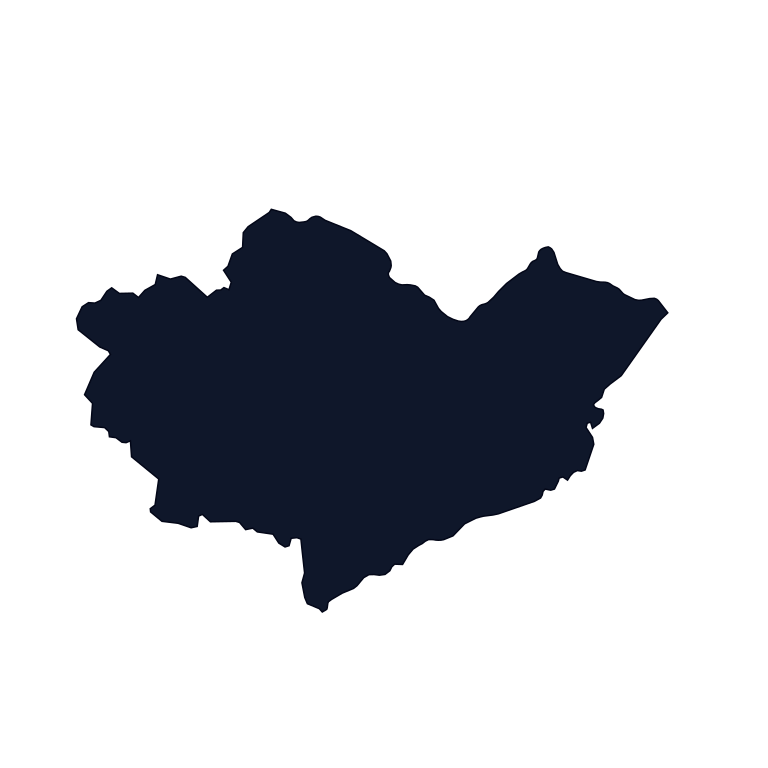 SVG path tracing the border of Northumberland, rotated 73°
{"feature_id": "GBR-2034", "entity_name": "Northumberland", "entity_type": "Unitary Single-Tier County", "adm_level": 1, "iso_a3": "GBR", "parent_name": "United Kingdom", "parent_adm1": "", "projection": "albers", "projection_center": [-2.071, 55.292], "detail": "fine", "context": "isolated", "style": "filled", "palette": "ink", "viewbox_px": 768, "rotation_deg": 73, "n_neighbors": 0, "source": "natural_earth", "source_scale": "10m", "svg_char_len": 3167}
<svg xmlns="http://www.w3.org/2000/svg" viewBox="0 0 768 768"><g transform="rotate(73 384 384)"><path d="M184.0,440.7L191.8,428.4L197.5,424.2L201.6,422.4L203.5,420.3L204.7,417.9L205.6,413.2L205.8,411.2L205.7,409.8L205.2,408.4L204.3,406.6L203.5,404.2L203.6,400.1L204.5,397.9L205.8,396.1L210.2,392.5L227.8,370.8L256.7,344.8L260.3,343.1L268.4,341.6L272.9,342.5L274.7,343.4L277.7,345.8L278.9,347.3L280.9,347.9L283.7,347.7L290.2,343.7L292.8,340.8L294.5,337.8L295.8,332.7L297.0,329.7L299.3,325.4L301.3,323.5L310.9,319.2L314.2,315.3L318.5,311.7L327.6,309.8L331.4,308.1L338.1,303.6L342.3,299.1L345.5,294.6L346.8,291.8L347.4,289.2L347.4,287.0L346.9,285.1L346.1,283.4L344.9,282.0L337.8,271.2L337.1,269.4L336.8,267.7L336.8,265.9L336.9,265.2L336.9,264.2L336.8,262.4L336.4,260.6L333.1,253.8L329.0,247.4L323.7,237.4L318.3,222.8L317.4,218.9L317.1,216.8L316.7,214.9L315.8,213.2L312.0,209.1L310.9,207.6L310.2,205.8L310.0,203.6L309.5,201.6L308.2,200.4L303.0,197.4L301.9,196.0L301.1,194.3L300.7,192.1L300.6,189.7L300.9,186.8L302.2,185.4L303.8,184.2L307.8,183.0L320.4,182.9L325.1,181.8L328.3,180.3L330.6,177.5L348.1,150.9L349.8,147.3L351.3,142.8L352.5,140.5L354.0,138.8L357.0,136.5L360.4,132.8L362.1,131.4L367.3,129.0L368.8,127.9L376.7,119.3L378.3,116.3L379.1,113.5L380.0,104.9L381.1,100.4L382.6,98.5L384.4,97.3L398.9,91.8L403.1,100.1L445.4,154.7L450.2,167.9L453.4,174.9L460.4,179.8L462.1,183.8L463.6,187.9L465.2,189.9L468.2,188.9L470.3,186.3L471.7,183.4L472.9,182.1L476.5,182.6L480.6,184.7L484.5,189.4L487.4,197.6L480.9,197.6L480.9,201.1L484.7,203.5L496.0,200.2L503.0,201.0L525.0,216.8L525.1,220.7L523.3,224.4L523.9,228.6L526.2,232.7L529.6,236.6L525.2,240.1L525.2,244.0L528.0,245.8L534.3,251.7L534.3,255.6L531.6,260.6L533.2,263.3L536.5,265.2L538.8,267.6L540.2,274.4L541.6,312.5L541.1,318.1L539.5,327.4L539.3,330.5L539.2,335.4L541.3,347.8L549.4,362.4L550.3,372.4L550.0,375.1L549.3,377.7L548.4,380.1L547.2,382.5L545.8,386.8L546.4,390.5L547.8,394.1L548.5,397.9L550.4,404.5L554.5,410.8L562.0,419.0L559.4,426.5L561.1,430.0L564.3,433.0L566.4,438.7L565.5,444.3L563.3,449.2L561.9,454.2L563.3,460.1L569.0,468.8L570.6,472.9L571.8,485.1L574.7,497.2L576.0,500.8L577.2,501.8L581.4,503.7L582.7,504.6L583.2,506.2L584.0,509.7L580.0,511.5L571.7,521.5L565.0,522.2L550.1,520.6L541.5,515.2L520.9,511.3L508.0,508.8L505.5,512.2L504.4,517.9L510.9,522.1L510.9,526.3L505.4,531.1L495.2,534.0L488.4,548.4L483.5,551.6L482.8,558.9L474.2,562.6L472.0,565.9L465.0,590.3L455.6,595.8L456.1,599.9L465.6,604.3L465.1,610.5L457.0,621.6L450.4,636.5L438.1,644.6L434.9,644.0L432.9,638.4L409.0,627.2L379.8,646.7L364.2,643.1L364.7,647.8L363.1,651.6L357.0,656.0L354.2,662.0L349.0,661.1L344.0,663.9L340.0,673.8L337.4,676.2L317.3,668.4L306.7,673.5L288.0,657.7L275.7,636.9L271.6,637.9L265.5,645.0L242.7,660.6L231.7,659.0L221.9,650.1L219.8,642.8L222.1,636.8L221.2,630.3L214.3,621.9L212.4,616.3L220.0,610.6L223.7,597.6L229.5,593.5L224.5,585.3L222.0,573.7L213.3,568.6L221.2,557.6L221.6,546.4L223.9,542.9L249.4,527.6L245.3,516.8L246.4,512.7L245.0,508.9L248.5,504.7L242.0,500.3L228.3,504.2L225.8,498.8L215.3,491.0L212.0,479.3L198.1,474.3L193.8,467.9L186.4,443.6L184.0,440.7Z" fill="#0f172a" stroke="#020617" stroke-width="1.5"/></g></svg>